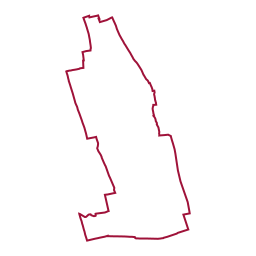 Varlezi, Galati, Romania
{"feature_id": "2599482B39288549559183", "entity_name": "Varlezi", "entity_type": "district", "adm_level": 2, "iso_a3": "ROU", "parent_name": "Romania", "parent_adm1": "Galati", "projection": "equal_earth", "projection_center": [27.823, 45.929], "detail": "fine", "context": "isolated", "style": "outline", "palette": "rose", "viewbox_px": 256, "rotation_deg": 0, "n_neighbors": 0, "source": "geoboundaries", "source_scale": "gbopen_adm2", "svg_char_len": 4490}
<svg xmlns="http://www.w3.org/2000/svg" viewBox="0 0 256 256"><path d="M112.2,17.4L111.7,17.5L110.3,18.2L110.2,18.3L107.5,19.7L106.7,20.1L99.9,22.1L98.7,18.9L98.9,18.9L99.4,18.8L98.7,17.1L98.5,16.4L98.1,15.4L96.4,15.9L95.8,16.0L89.8,17.3L89.4,17.4L89.1,16.3L89.1,15.8L86.2,16.8L84.2,17.5L83.6,17.7L83.4,17.8L83.5,18.0L83.6,18.3L83.8,18.9L83.9,19.4L84.0,19.5L84.1,19.8L84.4,20.6L84.5,20.9L84.6,21.2L84.9,22.0L85.1,22.4L85.1,22.6L85.5,23.6L85.6,23.8L85.7,24.3L85.8,24.6L86.0,25.1L86.1,25.5L86.3,26.1L86.4,26.4L86.5,26.8L86.7,27.2L86.9,27.9L87.1,28.8L87.4,29.6L87.6,30.4L88.1,32.0L88.7,34.0L89.3,37.3L89.7,39.3L89.9,40.5L90.0,41.6L90.6,45.5L90.9,48.1L90.7,48.5L90.6,49.0L90.5,50.5L86.1,51.1L82.5,52.1L83.1,54.8L83.8,60.6L83.6,60.7L83.1,60.7L83.4,67.9L80.0,68.3L79.6,68.7L78.0,69.1L77.4,69.2L77.1,69.3L74.9,69.7L73.6,69.9L72.9,70.0L71.9,70.2L71.2,70.4L70.8,70.5L70.7,70.5L70.4,70.5L69.8,70.6L69.2,70.6L68.7,70.8L68.1,70.9L68.0,71.0L67.9,71.0L67.7,71.0L67.4,71.1L66.7,71.2L66.3,71.4L66.9,73.5L67.4,74.9L67.6,75.8L67.7,76.0L68.1,78.0L68.6,79.9L68.8,80.7L68.8,81.2L69.1,81.9L69.3,82.5L70.3,85.6L70.8,87.3L72.8,93.6L73.6,96.5L75.0,101.5L75.2,102.4L75.5,103.3L76.3,105.1L77.0,106.6L77.3,107.5L77.8,109.6L79.4,113.6L81.9,120.6L82.5,122.6L83.9,126.3L84.5,128.0L84.9,129.5L85.3,131.0L86.0,133.4L87.2,138.7L94.0,137.4L96.1,136.9L96.5,138.6L98.0,142.9L98.1,143.8L97.9,145.5L97.8,146.2L97.7,146.6L97.2,148.2L97.3,148.6L98.2,150.7L98.4,151.3L99.3,152.6L100.8,155.0L100.9,155.3L101.6,156.8L101.7,157.6L103.9,162.7L105.2,165.5L105.6,166.1L105.9,166.9L107.9,172.6L109.0,175.7L109.4,176.6L109.8,177.3L113.1,185.0L114.3,187.8L114.0,190.0L115.2,192.9L114.8,193.0L114.4,193.1L113.6,193.2L110.4,193.9L107.5,194.5L107.3,194.5L107.2,194.5L104.9,194.8L108.5,210.8L108.6,211.0L108.1,211.2L105.7,212.2L104.9,212.5L98.0,213.4L95.7,213.7L95.5,213.8L95.5,214.0L95.7,215.4L95.7,215.7L95.4,215.9L94.3,216.1L93.9,216.1L93.6,216.1L92.3,215.6L91.7,215.4L91.2,215.2L90.7,214.4L90.4,214.3L89.2,214.5L88.7,214.6L88.4,214.8L86.2,216.8L85.3,217.0L84.9,217.0L84.6,216.9L83.9,216.4L82.7,215.7L79.9,214.0L79.3,213.8L79.5,214.8L79.8,215.5L80.0,216.5L80.6,218.5L81.1,219.9L81.6,221.2L82.0,222.9L82.2,223.8L82.6,224.9L83.1,226.7L83.4,227.9L83.7,229.0L84.0,230.1L84.3,230.9L84.6,232.0L85.2,234.7L86.1,237.4L87.1,240.6L95.1,238.7L98.1,238.1L98.9,237.9L99.7,237.7L102.2,237.2L104.7,236.7L107.7,235.8L107.7,236.2L108.6,236.2L113.0,236.3L121.1,236.4L124.9,236.5L127.0,236.6L129.8,236.8L131.9,236.8L132.7,236.9L133.0,236.9L133.5,237.0L133.9,237.0L134.3,237.0L134.7,237.1L135.0,237.2L135.1,237.3L135.1,237.5L135.2,238.0L135.3,238.1L135.5,238.2L135.8,238.3L136.2,238.4L136.4,238.4L136.6,238.4L137.9,238.4L139.2,238.5L140.3,238.5L140.7,238.5L140.9,238.5L141.8,238.5L142.1,238.5L143.2,238.5L143.4,238.5L144.6,238.5L146.4,238.5L146.6,238.5L147.0,238.5L148.6,238.6L149.6,238.6L158.2,238.8L158.7,238.7L160.0,238.6L161.8,238.3L163.4,238.1L163.6,237.8L167.3,236.8L176.8,233.6L177.7,232.9L183.0,231.2L188.3,229.5L183.4,214.6L189.7,213.4L189.4,211.4L187.7,202.1L180.5,181.4L177.9,170.4L175.4,153.7L174.6,149.3L172.9,143.3L172.6,142.4L171.8,139.8L171.3,138.0L171.1,137.3L170.8,136.0L169.5,135.4L168.2,134.7L164.3,135.1L160.4,135.4L159.3,135.5L159.4,134.9L159.1,133.7L159.3,131.9L158.4,127.4L157.6,126.0L156.8,124.5L157.0,124.1L156.8,123.3L156.8,123.0L156.8,122.8L156.5,122.3L156.2,121.9L156.0,121.4L155.7,120.9L155.7,120.3L155.6,119.8L155.5,119.4L155.3,118.7L155.1,118.2L154.9,117.8L154.5,117.2L154.3,116.8L154.1,116.6L153.8,116.3L153.4,115.8L154.0,115.2L153.7,114.7L153.7,114.2L153.5,113.8L153.4,113.3L153.3,112.8L153.3,112.3L153.0,111.0L152.9,110.4L152.8,110.1L152.7,109.4L152.6,108.7L152.9,106.9L153.2,106.2L153.3,104.9L154.1,104.9L155.1,104.8L156.2,104.7L156.0,103.5L155.9,102.5L155.5,101.5L155.4,100.8L155.1,100.1L154.8,97.6L154.6,96.9L154.6,96.3L154.3,95.3L154.1,94.3L154.1,94.1L154.6,92.4L154.3,90.7L152.6,91.0L152.4,89.8L152.4,89.3L151.5,86.8L151.0,85.8L149.8,82.9L149.7,82.9L149.0,83.1L147.9,80.8L147.6,80.4L146.2,79.2L144.2,75.8L143.9,75.2L143.5,74.8L143.2,74.1L142.4,72.2L141.6,70.4L141.3,69.8L139.8,67.4L137.3,63.5L136.1,62.0L135.8,61.8L134.6,60.5L134.1,59.7L133.7,59.4L132.3,56.7L132.1,56.4L131.1,54.6L130.2,52.9L128.5,50.3L127.9,49.3L127.4,48.5L126.5,47.0L126.0,46.2L125.3,45.0L124.8,44.4L123.7,42.5L123.2,41.4L122.5,40.3L121.5,38.6L121.0,37.7L120.8,37.3L119.6,35.2L118.8,33.4L117.8,31.1L117.5,30.4L117.3,29.9L116.9,29.0L115.9,25.7L114.9,23.5L114.5,22.5L114.3,22.2L112.7,18.6L112.2,17.4Z" fill="none" stroke="#9f1239" stroke-width="2"/></svg>